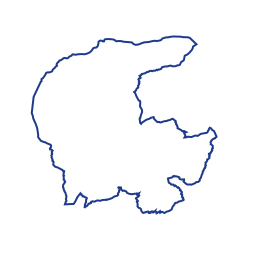 the district of Dr. Manuel Belgrano, Jujuy, Argentina, rotated 74°
{"feature_id": "61730980B9597683153912", "entity_name": "Dr. Manuel Belgrano", "entity_type": "district", "adm_level": 2, "iso_a3": "ARG", "parent_name": "Argentina", "parent_adm1": "Jujuy", "projection": "equal_earth", "projection_center": [-65.306, -24.063], "detail": "fine", "context": "isolated", "style": "outline", "palette": "blue", "viewbox_px": 256, "rotation_deg": 74, "n_neighbors": 0, "source": "geoboundaries", "source_scale": "gbopen_adm2", "svg_char_len": 5825}
<svg xmlns="http://www.w3.org/2000/svg" viewBox="0 0 256 256"><g transform="rotate(74 128 128)"><path d="M36.5,125.9L37.3,126.9L38.1,127.2L38.1,127.5L37.8,128.3L37.0,129.0L36.7,129.6L36.3,130.9L36.5,131.5L37.1,132.6L38.8,133.2L41.1,134.7L41.9,136.4L41.6,138.1L41.8,139.6L43.6,141.5L44.8,144.0L45.2,147.0L45.1,149.8L44.4,151.3L43.4,155.4L43.1,158.3L42.1,160.4L42.0,161.3L42.9,162.3L43.2,164.6L44.3,166.8L44.0,167.9L43.0,170.1L44.3,173.7L44.3,175.4L45.1,176.2L46.1,178.2L46.6,178.7L47.2,179.1L48.6,179.1L49.3,181.0L50.0,181.8L51.1,184.1L52.5,185.3L52.7,185.8L52.9,188.1L52.4,189.8L52.4,191.4L54.6,193.4L56.7,196.2L57.2,197.7L59.3,198.3L59.5,199.1L72.0,210.1L87.1,216.4L89.6,216.2L92.9,216.4L99.5,215.5L103.6,215.4L109.7,216.2L112.0,216.9L116.3,215.3L118.6,212.3L118.9,211.5L120.3,210.2L122.8,207.0L124.0,206.8L125.2,207.4L126.0,208.6L127.1,208.8L127.7,207.5L129.0,206.7L129.8,207.8L130.5,207.7L131.2,208.3L132.1,208.0L132.8,208.6L133.2,209.2L134.4,209.1L135.1,209.6L137.0,209.3L137.8,209.6L138.3,209.2L138.9,209.7L140.2,208.9L142.8,210.0L145.2,208.6L147.0,205.9L147.9,205.2L150.3,202.5L151.0,202.5L151.8,202.1L151.8,201.6L152.4,201.7L152.3,201.4L152.5,201.4L152.7,201.8L155.2,202.9L156.0,202.7L156.0,203.2L158.6,203.5L159.7,204.1L160.7,203.5L161.3,203.7L162.0,203.2L162.6,203.3L164.8,206.0L167.1,206.8L167.9,206.5L169.4,206.8L170.9,206.4L171.5,206.6L173.0,206.0L175.6,206.1L176.0,205.9L177.6,206.3L179.2,207.3L181.1,207.2L181.7,208.1L184.0,209.7L186.0,201.2L184.4,199.2L180.5,195.7L177.7,191.8L178.1,191.7L178.7,191.1L179.4,191.3L180.3,190.3L181.2,190.5L181.9,188.9L182.2,188.9L183.7,187.0L184.1,186.9L185.6,188.1L187.9,188.9L188.3,189.5L189.2,189.9L189.8,190.6L190.7,190.7L192.8,191.9L191.8,190.5L191.8,189.3L191.2,188.1L190.0,187.0L189.9,186.5L190.1,186.3L190.0,184.4L189.2,184.4L188.7,183.5L188.7,182.4L189.1,182.0L189.0,181.7L189.6,180.1L189.2,178.6L189.2,177.2L190.3,174.9L190.2,172.2L190.7,170.2L190.9,168.3L191.2,168.3L191.1,163.4L190.0,159.4L190.2,157.1L189.6,155.9L188.2,155.8L186.9,154.1L186.0,154.0L185.5,153.4L183.7,153.1L182.6,153.7L182.4,153.4L183.3,151.1L185.2,151.4L186.7,150.6L187.0,150.4L187.0,149.0L187.8,148.3L188.4,147.2L190.1,146.8L191.4,145.3L192.8,142.5L193.0,139.9L193.4,138.4L193.3,137.5L194.0,136.6L193.8,135.5L194.4,136.1L194.5,137.2L194.8,137.6L195.5,137.0L195.3,136.1L195.9,135.8L196.7,136.7L197.5,139.4L197.9,139.8L200.9,138.6L201.2,139.8L202.6,139.6L204.6,139.9L205.9,140.5L207.6,139.8L208.2,138.8L209.5,137.9L211.6,138.0L213.6,137.1L213.9,136.5L213.7,135.6L213.7,134.8L214.0,134.4L213.7,133.6L213.8,131.7L214.2,131.3L215.3,131.5L215.7,130.8L215.7,130.0L215.1,129.9L215.0,129.5L214.7,128.0L215.3,126.9L215.5,126.8L216.0,127.3L216.2,126.9L215.2,124.7L215.8,125.1L216.6,124.0L217.9,124.1L217.8,123.4L217.2,122.4L217.2,121.4L216.7,120.0L217.1,119.9L218.3,120.3L218.0,118.7L218.1,118.1L219.7,116.5L219.7,116.1L219.1,114.2L219.1,111.4L218.4,108.6L215.9,106.7L214.4,104.6L213.0,103.2L213.3,101.3L212.6,99.1L212.9,97.9L212.6,95.4L212.7,94.6L212.1,94.2L210.7,94.7L210.0,94.2L209.4,95.0L208.5,94.9L207.1,94.3L206.5,94.9L205.7,94.4L205.6,94.9L204.2,93.9L203.2,94.5L202.5,94.5L202.2,95.3L201.4,95.0L199.8,95.4L199.6,96.0L199.2,95.9L198.7,96.2L198.6,97.0L196.4,98.2L196.6,99.4L195.2,99.7L194.9,100.0L194.7,101.1L194.0,102.3L193.2,102.4L192.0,103.7L190.9,103.9L190.0,103.6L188.2,103.7L187.5,103.4L187.7,99.8L187.5,98.7L186.8,97.9L186.8,96.9L187.5,96.4L187.5,95.4L188.6,93.6L189.2,92.6L189.9,92.2L190.8,92.6L191.5,92.2L192.2,91.0L192.8,88.3L193.8,88.5L194.8,89.4L198.2,87.2L199.1,85.4L199.4,83.6L200.0,82.7L199.5,78.5L199.0,77.8L198.9,76.7L199.2,75.5L198.4,73.6L196.9,73.1L196.2,71.9L192.9,69.7L192.2,68.8L190.6,68.3L190.1,67.7L189.9,67.1L189.2,67.0L187.9,65.7L187.8,65.1L187.1,65.0L186.8,64.3L185.8,64.1L185.5,63.5L184.7,63.8L183.7,63.1L182.5,63.0L182.2,62.0L181.1,60.8L180.4,60.8L180.0,60.4L180.0,59.6L179.3,58.0L177.9,57.9L177.6,57.4L177.2,57.6L176.6,57.0L175.9,57.3L175.7,56.7L175.0,57.0L174.6,54.9L173.7,54.6L173.3,53.7L172.7,53.5L172.5,53.1L171.8,53.3L171.1,52.8L170.8,52.0L170.3,52.2L168.8,51.4L166.7,52.4L166.4,52.9L165.9,52.6L164.5,52.6L163.9,52.2L163.5,51.4L162.9,51.2L162.7,50.4L162.3,50.1L161.9,48.6L162.1,48.1L161.8,47.2L161.5,47.1L161.1,45.6L160.4,45.2L159.1,45.6L157.8,45.6L154.6,46.2L153.1,47.6L151.0,48.4L150.3,49.3L151.6,50.8L152.5,51.2L152.8,51.8L154.1,52.9L154.3,53.9L153.7,59.7L154.8,63.1L153.8,65.5L154.2,69.8L153.0,72.3L153.0,74.7L152.7,76.3L151.3,74.9L148.2,75.5L148.0,73.2L146.4,74.9L146.0,76.7L144.4,77.7L142.0,80.4L141.2,80.0L140.1,80.3L139.1,80.0L137.5,80.8L136.6,80.3L135.4,80.9L134.6,80.2L131.5,82.4L131.4,83.3L131.9,85.8L131.7,87.3L131.9,88.8L131.5,91.3L131.7,94.7L131.4,95.8L130.9,96.0L130.4,98.1L126.7,100.3L124.6,100.4L124.5,103.1L125.0,104.8L125.1,108.0L126.7,113.1L127.6,114.3L126.5,114.9L122.5,114.3L121.7,113.9L121.6,113.3L119.5,112.3L116.5,110.0L114.2,109.6L110.7,110.5L106.3,109.0L105.0,109.2L104.8,109.8L104.2,110.2L100.2,111.1L96.4,111.5L95.1,112.2L94.5,110.5L92.4,108.6L92.0,107.0L91.6,106.8L90.2,106.8L89.3,105.5L88.4,105.4L87.9,104.6L86.8,104.9L86.4,104.2L84.1,104.6L83.5,103.9L83.6,102.8L83.5,102.2L82.7,102.0L81.0,102.5L80.7,100.6L79.9,100.0L80.1,97.4L79.9,95.5L79.4,94.4L79.7,93.1L79.2,91.5L79.4,91.1L79.3,90.2L80.1,88.9L79.9,87.7L80.4,86.0L80.0,84.3L80.5,83.9L80.1,82.7L80.5,81.5L80.2,79.7L79.0,78.6L79.0,75.9L79.6,73.3L79.7,69.8L80.9,68.4L81.7,65.3L81.4,63.3L81.7,61.9L81.5,60.7L79.3,58.8L78.5,56.2L78.0,55.5L74.3,53.6L73.9,52.5L73.8,50.9L72.6,48.3L70.6,45.2L69.2,43.8L67.7,43.1L66.4,39.1L58.5,43.7L57.3,45.4L55.8,50.2L54.8,52.0L52.5,59.3L52.0,62.2L51.9,64.7L51.4,66.2L51.4,70.1L52.4,71.7L52.7,72.8L52.3,76.7L51.7,77.7L51.3,79.4L51.0,84.5L50.1,89.2L50.6,95.3L50.1,97.9L48.7,99.6L46.8,100.7L43.6,109.1L42.7,110.3L41.7,113.3L41.6,114.8L40.7,116.1L40.0,116.3L39.0,117.5L38.0,119.7L36.6,124.0L36.5,125.9Z" fill="none" stroke="#1e3a8a" stroke-width="2"/></g></svg>